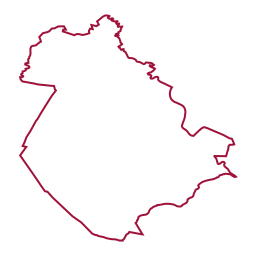 the district of Dagda, Dagdas, Latvia
{"feature_id": "27541924B81677666502993", "entity_name": "Dagda", "entity_type": "district", "adm_level": 2, "iso_a3": "LVA", "parent_name": "Latvia", "parent_adm1": "Dagdas", "projection": "equal_earth", "projection_center": [27.535, 56.098], "detail": "fine", "context": "isolated", "style": "outline", "palette": "rose", "viewbox_px": 256, "rotation_deg": 0, "n_neighbors": 0, "source": "geoboundaries", "source_scale": "gbopen_adm2", "svg_char_len": 5733}
<svg xmlns="http://www.w3.org/2000/svg" viewBox="0 0 256 256"><path d="M122.7,240.6L122.8,239.9L124.0,239.0L125.2,236.8L126.3,234.7L128.5,233.3L129.3,232.0L142.5,234.4L135.6,223.0L136.3,222.5L136.5,222.2L136.6,221.7L137.2,220.4L137.4,219.9L137.9,219.4L138.1,219.0L138.2,218.2L138.4,217.9L138.4,217.1L139.6,216.1L140.7,215.6L141.5,215.4L142.4,215.1L146.0,214.6L146.9,214.0L147.6,213.7L148.5,212.7L149.5,210.3L150.7,208.7L151.9,208.1L152.5,207.5L153.4,206.9L155.6,206.0L156.7,205.7L156.9,205.2L157.4,205.0L158.2,205.1L160.6,204.7L162.3,204.3L163.8,204.1L164.1,204.0L165.5,203.8L167.4,203.8L168.8,203.8L170.0,203.9L172.4,204.3L173.4,204.5L174.3,204.8L175.4,205.3L177.0,206.2L177.3,206.3L177.6,206.3L178.3,206.4L179.6,206.5L180.0,206.5L180.3,206.5L180.9,206.4L181.2,206.3L181.4,206.2L181.6,206.0L182.0,205.5L182.4,205.1L182.9,204.7L183.2,204.5L183.8,204.2L184.9,203.6L185.9,203.2L186.1,203.0L186.4,202.8L186.6,202.6L186.8,202.3L187.2,201.7L187.3,201.5L187.4,201.2L187.4,200.9L187.5,200.6L187.5,200.1L187.5,199.9L187.6,199.7L187.8,199.3L188.1,199.1L188.3,198.9L188.8,198.6L189.7,198.1L190.4,197.7L191.9,197.2L192.1,197.1L192.4,196.9L192.6,196.7L192.9,196.4L193.1,196.2L193.5,195.1L193.7,194.4L193.9,193.7L194.2,192.9L194.5,192.3L194.9,191.5L195.7,189.7L197.6,188.9L198.0,188.7L198.3,188.4L198.6,188.1L198.8,187.8L198.9,187.3L198.9,186.8L198.5,186.2L198.3,185.9L198.2,185.6L198.5,185.0L199.1,184.3L199.8,183.8L201.9,182.3L202.8,181.8L205.4,180.9L208.0,180.2L210.7,179.6L211.7,179.5L212.7,179.3L213.7,179.0L214.8,178.6L216.0,178.1L216.6,177.5L217.7,177.4L218.2,177.1L218.7,176.7L219.6,175.4L220.1,175.2L222.0,174.8L222.7,174.4L223.2,174.1L224.7,174.1L225.4,173.7L230.6,174.4L231.1,174.6L231.6,175.3L233.0,176.1L233.5,176.2L233.8,176.6L234.4,176.9L234.8,177.0L235.9,176.7L234.8,175.7L230.1,172.8L227.9,169.1L224.5,166.3L224.1,164.8L224.8,163.1L224.2,162.2L223.5,161.9L222.3,161.9L219.8,163.7L218.6,164.0L217.8,163.7L216.3,158.6L214.7,156.7L214.4,156.3L214.5,156.0L226.1,156.2L227.3,151.8L228.3,149.2L228.4,146.6L229.6,144.8L231.3,144.8L232.5,144.7L233.7,144.5L234.2,144.4L233.9,143.4L232.0,138.9L229.3,138.2L226.4,136.6L223.2,134.9L207.7,128.3L204.6,127.2L204.3,127.3L203.9,127.3L203.2,127.5L202.8,127.6L202.5,127.8L201.2,128.7L198.8,130.8L193.5,135.9L191.3,135.5L190.2,134.9L189.2,133.9L188.3,132.8L187.7,131.9L187.3,131.3L186.2,130.4L184.8,129.3L183.2,128.3L182.7,127.8L182.2,127.0L182.0,126.5L182.0,126.0L182.2,124.8L182.8,123.0L183.4,121.4L184.0,119.9L184.3,118.9L184.6,117.9L184.9,116.9L184.9,115.7L185.2,114.1L185.4,112.5L185.4,111.4L185.3,110.3L184.7,108.7L184.5,108.0L184.1,107.4L183.7,106.8L183.3,106.3L182.5,105.7L181.6,105.1L180.4,104.5L178.9,103.8L177.4,103.1L175.0,102.1L173.8,101.5L172.4,100.4L171.2,99.0L170.5,97.6L170.1,96.1L169.9,94.4L169.9,92.9L170.0,92.2L170.6,89.7L172.0,87.3L163.8,83.3L160.5,81.9L158.5,80.3L158.1,79.4L158.3,77.7L157.7,76.9L156.1,76.8L154.4,77.5L153.1,78.4L152.3,78.6L151.0,78.6L150.4,77.7L151.1,76.6L151.3,75.7L150.6,75.0L149.6,74.7L148.2,74.5L147.8,73.6L148.3,73.1L149.6,72.6L150.9,72.4L153.5,70.5L154.7,69.2L154.9,68.6L151.1,67.0L149.8,66.1L149.6,65.9L149.7,65.5L149.9,65.2L150.3,65.2L151.8,65.8L152.7,65.8L153.9,64.9L152.1,63.4L150.8,62.9L148.6,62.8L146.9,62.5L146.0,62.5L145.7,62.7L144.9,63.7L144.3,64.0L143.7,64.1L139.8,62.1L139.2,62.0L137.3,61.7L136.7,61.4L135.9,60.1L134.7,59.1L132.9,58.4L130.5,58.0L129.3,58.1L128.7,57.8L128.1,57.3L125.6,52.1L123.7,51.0L123.3,50.3L123.7,49.5L123.7,49.2L123.0,49.1L122.4,49.4L121.4,49.8L120.9,49.6L119.5,47.2L118.9,47.4L118.5,46.6L121.6,44.7L122.1,44.1L120.5,42.5L120.5,41.7L119.2,38.1L117.9,37.3L117.5,36.6L117.1,36.4L116.4,36.1L115.9,36.1L115.5,36.0L115.4,35.9L115.8,35.7L117.9,35.5L118.3,35.4L118.0,35.0L117.8,34.8L115.7,34.3L115.7,34.2L115.8,34.1L117.0,33.7L117.4,33.8L117.9,34.0L118.3,34.1L118.4,33.9L118.5,33.6L118.5,33.2L118.4,32.8L118.3,32.3L118.6,31.9L119.2,31.7L119.9,31.4L120.4,31.1L120.6,30.8L120.6,29.7L121.6,27.5L121.9,27.0L122.1,26.5L121.8,26.5L120.8,26.8L120.5,26.8L119.7,26.5L119.4,26.5L118.9,26.6L118.3,26.9L118.1,26.9L117.9,26.6L117.7,26.2L117.8,25.9L118.0,25.6L118.2,25.3L118.9,24.3L119.2,23.9L119.1,23.6L118.6,23.6L118.1,23.9L117.5,24.2L117.3,24.2L116.7,23.9L116.4,23.6L116.2,23.3L116.2,23.1L116.7,22.4L117.4,21.6L117.5,21.4L117.4,21.2L117.1,21.2L116.6,21.2L115.7,21.4L114.7,21.5L113.0,21.0L112.1,20.7L111.7,20.4L111.8,20.3L112.4,19.8L113.2,19.2L113.2,18.9L112.9,18.6L112.5,18.3L112.3,18.3L111.8,18.4L110.7,18.9L110.1,18.9L109.9,18.9L109.2,18.6L108.5,18.3L107.9,17.8L107.9,17.5L108.4,17.0L109.3,16.4L109.5,16.1L109.3,15.9L107.1,15.5L105.5,15.4L104.5,15.8L102.7,16.8L97.1,21.4L98.8,24.6L96.5,26.1L91.4,25.0L92.7,29.1L90.1,28.6L88.9,30.9L89.3,33.2L86.4,34.2L82.6,35.0L78.5,34.0L76.3,34.2L74.4,35.2L62.8,31.4L63.1,29.7L65.9,29.6L63.9,26.3L58.3,26.4L54.4,28.4L51.9,28.5L49.2,31.3L47.1,32.2L43.0,33.1L39.3,37.0L40.6,40.3L40.9,41.7L39.6,42.3L36.0,45.3L32.2,46.0L31.2,46.7L30.4,48.7L30.5,54.0L30.0,55.8L29.3,56.7L29.3,57.8L28.9,58.6L28.2,59.1L28.4,62.9L26.2,63.1L25.3,63.6L25.2,64.5L28.5,65.8L29.3,66.7L29.4,67.4L28.5,68.3L26.6,68.5L25.6,68.8L25.9,69.9L25.6,70.4L24.4,71.0L22.6,71.5L22.6,73.1L21.3,74.0L21.1,74.7L21.4,75.0L22.6,75.7L23.2,76.1L23.2,76.5L22.0,77.2L20.1,77.2L20.6,79.3L22.3,81.4L34.5,83.6L36.0,84.0L37.8,84.4L50.2,85.7L54.1,86.0L54.9,89.4L55.9,90.5L51.9,95.7L48.8,100.5L40.6,113.7L37.3,119.4L36.2,120.5L30.5,130.9L26.4,137.3L24.6,142.1L22.7,146.1L26.3,146.9L20.1,155.4L29.2,168.4L36.9,179.5L41.3,186.1L44.9,191.2L47.5,191.8L52.7,197.6L72.3,216.1L77.2,219.6L81.0,222.2L88.4,229.7L92.2,233.6L94.7,234.8L96.2,235.1L97.1,235.2L98.2,236.0L103.2,237.0L107.3,238.4L111.8,239.2L115.4,239.4L116.6,239.6L117.8,240.0L118.4,240.2L119.2,240.5L120.0,240.5L121.0,240.5L122.0,240.6L122.7,240.6Z" fill="none" stroke="#9f1239" stroke-width="2"/></svg>